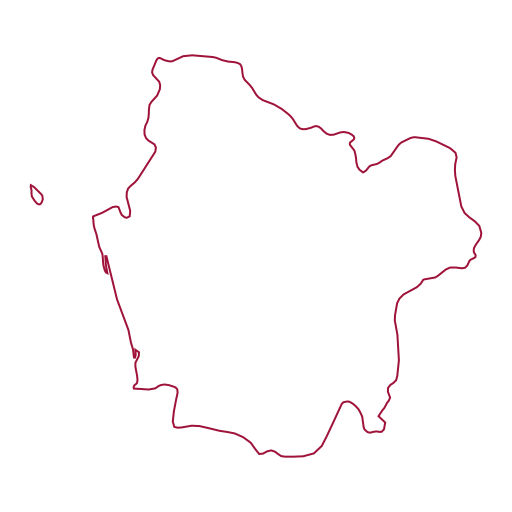 the Region of La Araucanía
{"feature_id": "CHL-2700", "entity_name": "La Araucanía", "entity_type": "Region", "adm_level": 1, "iso_a3": "CHL", "parent_name": "Chile", "parent_adm1": "", "projection": "equal_earth", "projection_center": [-72.302, -38.69], "detail": "fine", "context": "isolated", "style": "outline", "palette": "rose", "viewbox_px": 512, "rotation_deg": 0, "n_neighbors": 0, "source": "natural_earth", "source_scale": "10m", "svg_char_len": 4032}
<svg xmlns="http://www.w3.org/2000/svg" viewBox="0 0 512 512"><path d="M455.5,152.8L456.4,156.4L456.5,156.9L456.6,157.4L456.5,157.9L455.2,164.3L454.9,170.1L455.3,175.9L461.3,206.4L464.6,213.0L469.4,217.4L474.8,221.3L479.3,225.9L481.3,232.9L480.8,236.7L479.3,239.7L475.6,245.0L474.1,247.9L473.8,249.1L473.7,251.2L474.1,252.8L475.0,253.9L475.6,255.2L475.4,257.1L474.6,257.7L470.3,259.9L469.4,261.0L467.3,265.5L465.1,267.7L461.9,268.3L455.7,267.5L450.2,267.5L445.8,269.5L437.4,276.2L435.1,277.5L424.2,279.4L423.1,279.9L422.4,281.2L420.5,283.9L416.8,287.2L403.6,294.4L399.4,298.6L397.1,303.3L395.0,315.4L394.8,320.5L397.4,334.6L398.9,360.3L397.3,375.8L396.1,380.3L393.4,382.9L390.3,385.0L388.0,388.0L387.9,391.7L390.1,397.6L388.9,400.5L387.1,402.8L384.4,407.9L382.3,410.4L378.5,416.2L385.2,422.5L384.0,429.3L381.6,431.8L379.2,431.9L376.6,431.4L373.5,431.8L370.0,432.7L367.6,432.1L365.5,430.4L364.3,429.0L364.1,428.6L364.0,428.0L363.8,427.5L363.6,426.9L363.3,424.4L362.9,421.9L362.6,419.5L362.3,417.0L361.9,416.1L361.6,415.2L361.2,414.4L360.8,413.5L360.3,412.5L359.7,411.4L359.2,410.4L358.6,409.4L358.0,408.7L357.4,408.0L356.8,407.3L356.1,406.6L355.5,406.0L354.9,405.5L354.3,404.9L353.7,404.4L353.1,404.0L352.6,403.6L352.0,403.2L351.4,402.8L350.8,402.5L350.2,402.2L349.6,401.9L349.0,401.6L348.1,401.5L345.8,401.7L343.4,402.3L341.8,403.8L337.7,412.7L332.4,424.2L326.8,436.1L321.8,445.9L313.9,453.4L303.1,456.3L292.5,456.7L285.2,456.7L281.2,456.1L278.0,454.0L275.0,451.7L271.2,450.4L267.0,451.4L263.0,453.6L259.2,454.0L255.8,449.8L250.7,442.7L243.0,437.1L234.6,433.4L227.4,432.0L219.5,430.8L209.7,428.4L199.7,426.1L191.7,425.7L185.9,426.7L181.3,427.5L177.6,427.7L174.3,426.9L172.8,421.6L173.9,411.2L176.0,400.2L177.6,392.7L177.3,389.3L175.5,387.4L172.4,386.2L168.4,385.0L164.2,384.5L160.8,385.1L158.5,386.1L157.7,386.7L157.1,387.1L156.5,387.5L156.0,387.9L155.4,388.3L153.8,388.6L152.2,388.9L150.5,389.2L148.9,389.5L145.2,389.3L141.4,389.0L137.7,388.8L134.0,388.6L133.9,388.6L133.6,387.4L134.3,385.4L135.7,384.3L137.0,383.0L137.5,380.2L137.1,375.8L135.4,366.8L135.4,362.8L138.8,356.0L139.0,352.3L135.4,349.8L135.7,354.7L135.0,357.6L134.0,357.5L133.0,349.3L131.0,342.8L128.4,329.9L117.0,299.3L106.4,256.2L105.3,256.2L105.9,265.1L107.4,273.2L105.9,272.4L104.8,270.4L103.4,265.3L103.0,261.5L102.8,257.5L102.3,253.7L99.2,246.8L96.4,234.2L94.4,228.1L93.7,224.8L93.0,216.1L93.0,216.5L93.1,216.4L102.0,212.9L112.6,207.1L116.2,206.5L118.5,207.2L120.4,212.2L121.7,214.9L124.6,217.2L126.7,217.8L129.7,216.3L130.2,210.9L126.6,196.9L126.8,192.3L128.1,188.6L130.2,186.3L135.0,182.2L138.0,178.7L155.3,151.7L155.9,147.5L154.5,144.4L148.5,140.6L146.1,138.2L144.6,134.6L144.4,130.2L145.4,125.7L147.3,121.8L148.4,118.0L148.8,114.1L148.9,109.7L149.5,105.0L151.3,102.0L157.1,95.6L159.8,89.4L160.2,85.2L159.2,81.7L153.1,75.1L152.1,72.3L152.5,69.7L156.4,60.3L157.9,58.3L159.4,57.9L161.3,58.6L163.5,59.8L166.2,60.7L169.5,61.4L172.2,61.3L183.2,56.2L192.2,55.3L212.6,57.0L216.3,57.8L222.0,60.1L228.2,61.6L234.0,62.1L237.3,62.8L240.0,64.1L241.4,66.3L242.1,69.3L242.4,72.6L243.0,76.5L244.5,79.6L249.9,85.2L252.2,88.1L256.2,94.7L258.6,97.4L262.9,100.2L273.9,104.4L281.6,108.9L288.4,114.2L290.8,116.5L293.0,119.2L296.8,125.4L298.4,127.2L300.3,128.6L302.8,129.2L305.8,129.1L310.9,127.8L314.3,126.4L316.2,126.1L318.6,126.7L321.0,128.4L323.6,131.2L326.7,133.7L330.0,134.9L333.6,134.7L340.4,132.4L343.9,132.0L348.6,132.9L351.7,134.6L353.7,136.3L354.3,137.9L354.0,139.1L352.7,140.4L350.2,142.4L349.8,143.4L350.0,144.9L354.4,150.6L355.3,154.1L356.0,157.8L356.4,162.4L357.5,166.8L359.5,169.7L363.0,172.4L365.9,170.7L369.3,166.5L371.3,165.3L376.9,164.0L379.6,162.6L382.0,160.8L387.8,158.1L390.7,156.1L397.7,146.1L399.4,144.1L401.5,142.4L410.3,138.1L412.7,137.4L415.0,137.2L428.6,138.8L436.2,141.4L449.4,147.8L451.0,148.9L455.4,152.7L455.5,152.8ZM41.2,194.2L42.3,195.6L42.8,199.1L41.9,201.9L40.9,203.5L39.9,204.3L38.9,204.4L37.0,203.5L34.7,200.9L31.9,196.5L31.5,193.7L31.5,190.1L30.7,186.9L30.9,185.2L34.2,187.2L41.2,194.2Z" fill="none" stroke="#9f1239" stroke-width="2"/></svg>